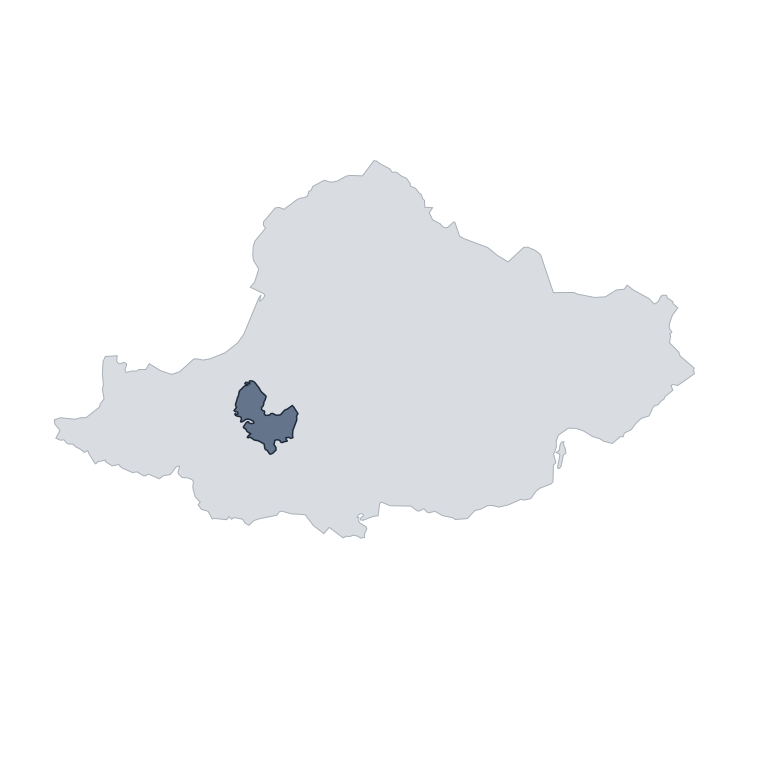 Markazi on a map of Iran (Equal Earth projection), rotated 307°
{"feature_id": "IRN-3231", "entity_name": "Markazi", "entity_type": "Province", "adm_level": 1, "iso_a3": "IRN", "parent_name": "Iran", "parent_adm1": "", "projection": "equal_earth", "projection_center": [49.809, 34.588], "detail": "fine", "context": "in_parent", "style": "filled", "palette": "slate", "viewbox_px": 768, "rotation_deg": 307, "n_neighbors": 0, "source": "natural_earth", "source_scale": "10m", "svg_char_len": 5850}
<svg xmlns="http://www.w3.org/2000/svg" viewBox="0 0 768 768"><g transform="rotate(307 384 384)"><path d="M380.8,219.0L387.5,219.4L399.7,215.0L400.8,214.0L404.3,205.2L408.5,201.2L415.7,196.5L420.4,194.9L437.1,195.6L438.3,192.0L441.0,190.2L459.2,191.2L462.0,194.0L463.3,199.0L478.6,203.5L481.7,205.0L485.6,208.7L488.6,209.7L492.5,208.0L495.0,209.2L498.9,208.2L510.9,213.7L512.7,219.3L514.9,221.9L517.6,224.3L527.2,228.7L530.0,231.2L537.3,241.6L556.2,241.5L557.5,243.7L557.5,248.2L559.3,259.0L558.0,262.9L560.6,266.4L560.6,273.2L561.8,277.9L559.9,284.4L557.8,285.7L559.3,291.5L557.6,297.1L557.9,299.2L555.1,303.9L555.0,305.8L549.7,310.2L554.0,316.7L548.0,317.1L544.4,324.0L545.8,332.3L544.9,336.5L545.6,338.9L547.3,340.6L555.5,342.2L555.8,343.3L547.5,355.4L548.1,360.1L555.4,384.7L554.9,397.0L556.2,409.7L577.3,413.4L579.8,416.6L581.6,423.7L581.7,429.0L581.2,431.7L558.9,464.3L571.4,480.6L572.1,484.2L579.9,500.2L586.9,508.4L598.8,512.9L604.4,518.9L609.3,518.7L609.2,526.8L611.7,544.0L610.5,551.8L614.7,553.4L621.1,552.3L623.4,553.8L624.8,556.6L623.2,558.2L623.7,565.0L622.1,566.4L621.7,572.8L612.2,573.0L603.5,575.8L600.3,578.2L598.6,582.8L595.7,582.3L594.8,584.1L588.7,587.2L586.9,600.3L584.6,603.5L583.3,622.3L581.9,622.5L579.0,625.7L559.6,619.5L557.5,615.0L555.5,614.2L552.8,618.5L543.1,616.0L539.9,616.8L537.8,615.5L532.6,615.4L528.5,612.7L518.0,614.9L511.5,610.2L504.7,608.9L496.3,608.9L489.4,605.5L485.8,606.8L484.1,604.4L473.9,602.1L470.4,593.7L470.2,589.5L467.6,582.3L466.6,571.7L464.1,564.1L459.7,557.8L448.0,554.0L441.9,556.0L437.5,559.6L430.1,561.6L424.5,568.7L421.2,568.1L407.7,577.7L404.8,577.6L394.6,571.2L390.0,570.0L380.8,570.2L375.7,565.9L374.3,562.8L362.2,556.0L354.8,549.8L352.4,544.1L349.2,539.9L342.0,536.5L337.8,532.8L326.6,531.5L318.7,522.5L318.6,519.5L314.0,509.6L313.2,502.4L312.1,500.5L308.2,497.5L307.6,495.6L308.4,491.0L303.3,488.2L302.6,486.0L302.7,479.0L290.5,462.2L288.1,452.9L285.9,452.5L275.1,458.6L272.0,455.2L262.6,449.3L261.3,447.0L263.6,445.9L266.0,447.0L267.4,445.7L266.8,443.7L264.5,442.5L261.3,442.6L262.1,444.5L259.1,446.3L258.5,448.6L259.2,455.5L257.9,457.5L252.9,458.6L249.8,460.8L247.0,458.3L246.2,453.2L244.4,450.0L241.8,448.8L239.8,445.6L236.5,444.0L236.5,426.5L228.3,426.1L228.4,412.8L232.2,399.7L224.4,387.9L221.0,378.9L218.8,377.3L214.8,377.5L201.2,365.4L196.5,362.2L190.0,361.3L189.2,357.1L190.9,352.4L187.9,346.3L186.9,344.5L184.3,343.7L184.5,339.9L181.0,340.1L174.6,329.5L172.8,328.1L176.5,320.1L174.0,313.6L175.7,308.1L179.0,308.4L180.2,301.1L186.2,293.6L191.5,290.4L192.0,288.1L191.1,284.1L187.8,279.1L188.3,274.8L189.4,272.7L194.9,270.4L195.2,269.5L192.7,267.9L183.1,267.9L178.0,262.9L173.1,261.7L170.4,250.7L169.6,249.4L167.3,249.0L165.9,247.0L165.2,239.7L161.9,236.4L159.4,225.7L159.3,223.1L160.2,220.7L155.0,216.1L154.4,209.0L155.5,207.3L149.5,202.2L146.8,201.9L146.6,201.0L150.9,190.0L152.6,187.5L149.0,185.9L149.2,180.4L148.3,175.9L148.7,171.6L146.4,168.5L145.8,166.6L146.8,161.9L144.5,159.6L143.2,154.6L152.0,153.2L153.8,145.5L157.0,142.3L162.4,146.0L169.9,158.4L174.5,162.1L177.8,166.3L194.3,170.6L197.8,169.2L203.5,169.5L210.8,161.8L214.0,160.8L222.5,153.1L232.9,146.1L238.3,144.9L246.0,153.9L241.5,156.6L240.7,158.9L241.2,161.0L244.8,163.3L245.2,165.9L244.0,167.1L239.4,168.5L238.0,171.1L243.0,175.2L245.4,178.7L248.1,179.5L252.3,185.1L258.9,184.3L260.2,197.6L263.9,208.7L270.9,213.4L289.3,217.0L291.3,219.1L294.3,225.2L299.0,229.6L313.3,238.3L328.9,242.4L339.3,242.1L377.5,232.2L381.1,232.2L375.4,234.7L377.6,235.8L382.4,235.8L383.5,234.8L383.7,233.2L380.8,219.0ZM443.9,563.5L441.6,567.6L438.1,571.0L435.3,570.0L424.6,575.0L421.7,574.7L421.3,573.1L433.1,567.2L433.6,565.7L432.9,562.6L436.7,563.9L440.9,561.4L444.5,560.7L446.2,562.5L443.9,563.5Z" fill="#d9dde1" stroke="#a8b0b8" stroke-width="1"/><path d="M311.6,323.7L311.3,325.6L309.0,331.9L308.4,333.2L307.0,333.2L305.4,333.7L304.0,335.0L302.5,336.1L292.2,339.1L288.3,341.6L286.3,343.5L286.0,343.3L284.5,342.3L284.3,341.4L284.3,340.4L283.8,339.8L283.0,339.1L282.6,338.4L282.0,338.0L281.2,338.7L280.7,339.7L280.5,340.6L280.0,341.0L279.2,340.3L278.3,339.4L276.5,338.3L275.7,337.6L275.5,336.8L275.7,335.8L276.1,334.9L276.1,334.0L275.4,332.7L274.3,331.3L273.0,330.8L271.7,331.6L270.4,332.1L269.3,332.8L268.4,335.7L268.0,336.2L266.0,337.6L265.3,337.3L262.5,337.0L260.9,336.4L259.7,335.6L259.3,334.9L259.5,334.1L259.7,333.4L260.7,330.9L260.6,330.1L260.3,329.2L260.5,328.2L260.9,327.5L263.4,324.9L263.9,324.3L263.9,323.5L263.5,321.4L263.4,319.6L263.0,317.8L261.2,314.1L261.1,310.6L260.6,308.6L259.4,308.0L259.1,307.1L259.9,306.7L262.4,307.0L263.6,307.6L264.1,307.5L263.7,305.0L263.8,302.7L264.5,301.5L264.8,300.4L264.5,298.5L265.1,297.5L269.6,297.2L271.7,297.6L272.3,298.5L271.8,299.7L272.1,301.2L273.1,302.5L273.9,303.3L275.0,303.4L275.6,302.1L275.0,298.6L274.4,297.0L273.2,295.4L272.0,294.8L269.4,294.0L268.3,293.4L267.7,292.8L267.6,292.3L268.1,291.8L268.8,291.7L270.2,291.2L271.4,289.7L271.1,288.2L270.0,286.3L269.6,284.1L270.3,283.0L271.0,283.0L271.0,283.6L271.0,284.4L271.5,285.1L272.3,285.3L273.2,284.3L273.3,283.1L272.7,282.2L272.5,281.1L272.5,280.3L276.8,280.2L277.5,278.4L278.5,277.6L282.8,276.1L284.1,275.5L285.4,275.0L286.6,275.0L290.9,272.9L292.4,272.8L293.1,272.9L294.2,273.2L296.6,273.4L299.0,274.1L300.5,275.5L301.1,275.9L301.3,275.4L301.3,274.9L300.4,273.4L300.7,272.6L302.1,272.6L303.0,273.8L303.0,275.6L303.2,276.7L303.9,276.5L304.5,275.0L305.7,274.9L306.8,276.4L307.4,277.8L307.5,280.0L305.4,287.4L304.7,288.5L303.9,291.0L303.5,296.0L303.2,297.2L302.7,297.5L300.2,298.5L297.2,299.0L295.7,300.0L293.6,300.7L291.4,300.4L290.0,301.6L289.9,303.7L290.4,304.5L290.2,305.2L287.9,306.6L287.7,308.3L289.0,310.0L290.1,311.0L291.0,311.5L292.0,311.4L292.7,311.9L293.4,312.8L293.8,313.8L293.7,315.1L294.3,316.7L295.4,318.3L297.1,319.8L303.4,320.4L305.9,321.9L311.6,323.7Z" fill="#64748b" stroke="#1e293b" stroke-width="1.5"/></g></svg>